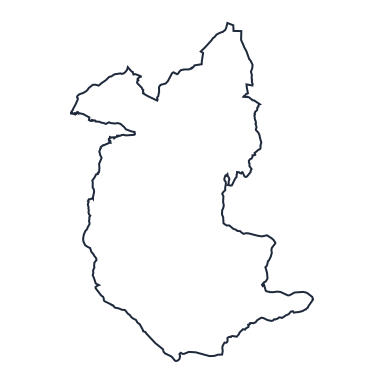 outline of Bran, Brasov, Romania
{"feature_id": "2599482B26594434202693", "entity_name": "Bran", "entity_type": "district", "adm_level": 2, "iso_a3": "ROU", "parent_name": "Romania", "parent_adm1": "Brasov", "projection": "robinson", "projection_center": [25.377, 45.49], "detail": "fine", "context": "isolated", "style": "outline", "palette": "slate", "viewbox_px": 384, "rotation_deg": 0, "n_neighbors": 0, "source": "geoboundaries", "source_scale": "gbopen_adm2", "svg_char_len": 5901}
<svg xmlns="http://www.w3.org/2000/svg" viewBox="0 0 384 384"><path d="M305.8,309.5L306.5,308.6L307.9,307.6L308.3,306.3L312.8,299.9L312.6,299.4L313.0,299.1L312.2,296.9L307.1,292.9L303.4,291.9L294.6,292.5L289.5,295.3L287.7,295.3L280.6,292.0L277.2,291.6L273.0,292.2L270.0,292.1L266.6,291.3L265.8,290.9L264.1,285.0L262.9,286.1L262.0,284.8L263.2,283.5L263.7,282.5L265.9,281.3L267.5,278.5L267.0,272.7L265.4,267.2L266.5,266.3L267.3,264.3L267.9,261.3L268.9,260.4L270.7,256.8L271.8,253.0L271.4,249.6L271.9,247.8L275.3,243.4L275.3,242.6L273.5,239.9L271.8,238.4L267.0,235.3L261.9,236.4L257.5,235.7L248.7,233.4L246.3,233.2L243.5,233.8L241.7,232.7L240.2,231.2L237.2,230.8L236.0,229.8L233.1,228.7L229.4,225.5L226.4,225.4L223.5,223.3L223.2,217.4L222.0,214.4L222.2,210.1L223.1,208.5L223.8,205.6L223.1,201.7L223.4,196.2L222.2,193.8L223.0,192.4L225.3,190.1L225.1,188.4L225.9,183.7L225.7,181.9L224.3,179.8L224.5,178.0L225.3,176.0L225.8,176.0L225.8,175.3L226.5,175.3L227.4,174.2L227.7,175.8L229.3,178.6L229.3,179.6L228.7,181.3L228.7,183.1L227.9,185.0L230.9,185.6L231.9,185.3L235.2,178.5L236.6,176.9L236.6,174.8L236.8,174.6L237.1,172.0L239.4,172.4L240.0,173.1L241.1,173.5L242.2,172.1L242.6,172.3L244.5,176.4L245.3,176.9L246.2,176.9L247.0,176.4L250.6,172.1L250.6,170.8L251.6,169.1L249.4,166.0L249.5,163.2L248.9,162.5L248.9,160.7L250.0,159.3L251.6,158.5L252.6,156.5L252.5,155.3L254.9,155.1L255.3,154.7L254.6,153.0L258.6,149.7L259.9,149.2L260.6,147.9L260.4,145.9L261.3,142.6L260.0,137.9L259.6,135.6L258.5,132.9L255.9,130.0L255.9,129.0L256.5,127.7L256.2,125.7L255.5,123.9L256.0,123.1L255.5,120.5L255.0,119.9L254.4,115.3L255.0,114.5L254.5,113.6L255.2,112.3L255.2,111.8L256.9,110.3L257.3,109.5L257.2,107.9L257.6,107.2L258.4,106.7L258.4,105.4L258.9,104.7L259.9,104.3L253.9,100.3L252.7,100.3L249.1,97.4L247.5,96.8L247.3,97.1L243.4,96.8L243.8,96.2L245.0,95.5L246.2,94.0L247.9,93.3L246.8,87.5L246.5,84.4L252.4,85.5L252.6,83.8L251.9,82.3L252.0,80.5L251.8,80.0L252.0,79.7L251.6,78.0L251.9,75.0L250.9,71.8L252.2,68.4L252.6,64.9L250.4,60.3L249.3,59.3L246.4,51.2L243.9,46.7L243.5,45.3L241.1,40.0L241.3,31.1L233.5,30.9L233.3,25.3L227.4,23.0L226.2,27.8L225.2,30.0L222.7,31.9L220.1,32.7L216.5,34.6L214.7,36.9L212.8,38.3L211.5,40.3L205.6,46.8L200.8,51.5L203.1,53.0L201.8,61.4L201.7,64.2L194.5,65.4L193.7,66.7L192.0,68.2L191.9,67.7L189.2,69.4L183.9,69.5L180.8,70.2L179.3,71.7L178.2,73.5L177.0,74.2L173.4,72.3L172.0,73.3L167.9,81.1L165.7,83.5L160.5,84.9L159.0,87.1L159.1,92.0L158.5,94.4L158.4,95.9L157.2,97.4L157.3,99.1L157.6,99.4L157.2,100.6L147.8,96.1L143.1,93.4L143.5,92.5L142.9,92.0L142.9,91.3L143.3,90.0L142.2,89.0L141.9,87.9L137.3,83.2L137.1,82.3L137.3,81.2L138.4,80.4L138.2,79.9L137.7,79.9L137.5,79.1L137.7,78.6L139.7,77.1L140.9,76.7L140.7,76.2L135.3,74.1L133.5,74.5L132.7,71.9L132.0,71.8L130.4,70.2L127.8,67.1L127.1,69.7L126.5,70.6L125.0,72.4L123.5,73.5L121.6,73.9L120.5,73.4L114.5,74.3L111.3,76.4L109.2,76.9L105.7,80.3L101.4,83.2L98.7,85.6L95.4,84.7L92.8,84.8L88.8,88.0L87.6,89.8L85.9,91.4L82.9,93.1L79.5,94.2L77.5,95.8L77.0,97.1L77.9,98.5L77.6,99.9L75.2,105.2L73.5,108.1L72.8,110.0L71.8,111.1L71.9,112.4L72.5,112.7L71.0,112.7L71.0,113.5L71.9,113.7L72.1,113.3L72.6,113.2L73.3,113.8L74.0,113.4L74.2,113.8L74.0,114.0L75.2,114.4L75.4,113.4L75.9,113.6L75.8,113.1L76.7,112.7L77.1,112.9L76.8,112.4L77.3,112.0L78.0,112.2L78.6,113.0L83.3,114.1L89.4,117.5L88.9,120.0L90.6,120.9L91.9,119.9L92.2,120.0L92.1,120.9L92.7,120.9L93.3,120.3L95.3,120.6L95.4,121.2L94.7,121.4L99.7,121.8L101.3,122.7L103.1,122.9L106.0,123.9L109.0,122.3L110.9,123.1L115.0,123.5L117.8,123.1L120.5,123.9L124.0,126.9L125.9,129.3L131.8,131.5L134.6,132.0L134.6,133.2L135.0,133.9L134.5,134.7L133.1,134.9L126.1,135.4L123.2,134.8L121.5,135.1L119.9,135.9L119.3,135.7L118.7,136.0L118.3,135.6L117.3,135.7L117.7,136.5L115.3,137.3L114.2,138.3L113.8,137.2L111.6,137.6L110.0,137.0L109.9,138.1L108.9,138.7L108.9,140.7L110.2,140.7L110.6,142.8L109.3,142.8L104.9,144.8L103.5,145.1L103.5,145.4L102.8,145.5L100.8,147.0L100.8,148.0L100.5,148.0L99.3,151.8L99.6,152.4L100.2,155.0L101.4,157.4L101.5,158.2L99.1,163.8L99.4,167.6L99.2,171.1L98.8,172.5L97.9,172.7L97.9,174.0L96.1,174.4L94.4,177.7L92.3,180.5L92.7,181.8L92.7,187.6L93.8,189.3L94.1,192.0L93.0,196.8L93.0,198.9L92.4,198.2L90.5,199.2L88.8,199.3L88.0,201.1L88.5,201.3L88.6,202.1L88.0,203.5L87.9,205.1L88.6,207.2L88.4,208.3L88.8,210.0L88.5,212.5L89.1,214.5L90.3,215.7L89.3,217.2L89.4,219.1L89.0,220.9L89.5,222.9L89.5,224.1L87.4,227.9L87.3,228.9L85.4,230.9L83.8,234.6L83.1,238.9L83.4,241.4L85.1,245.2L88.0,247.1L90.1,248.0L91.3,251.8L93.3,254.0L94.1,255.6L96.1,258.2L96.5,260.0L94.4,262.6L94.1,266.0L94.4,267.3L93.1,270.5L93.3,273.2L92.7,275.2L94.0,278.1L95.7,283.4L98.9,285.1L97.4,285.7L95.5,287.1L95.6,288.2L101.3,295.6L103.1,296.8L103.7,298.3L103.9,300.4L104.5,301.2L112.4,305.1L112.2,305.2L113.0,305.6L114.9,307.6L119.1,308.5L121.4,309.6L125.0,310.1L127.9,313.7L129.9,315.1L131.1,316.9L132.6,318.2L136.0,320.0L137.4,322.5L139.8,324.3L142.9,330.0L143.1,331.2L145.5,332.1L146.1,333.3L155.4,343.2L162.9,349.2L163.6,351.8L164.9,353.3L171.6,356.6L175.0,360.7L176.2,361.0L178.0,360.4L179.4,359.1L180.0,356.8L180.0,355.6L179.4,354.2L180.6,352.8L182.6,353.9L184.2,353.8L188.9,351.9L195.6,352.3L209.6,356.1L214.3,355.9L218.0,354.7L222.1,354.6L222.6,351.7L222.7,350.5L222.3,348.1L222.7,345.7L224.5,342.6L226.4,342.7L226.9,342.2L227.6,341.0L227.4,338.1L228.2,337.3L229.8,336.8L230.9,337.0L231.3,336.3L232.4,336.0L236.7,336.7L239.0,334.1L239.5,332.6L243.0,329.2L245.1,329.6L245.7,328.5L248.4,327.0L248.5,325.5L248.1,324.7L248.6,324.4L249.4,324.6L249.9,324.1L250.1,323.1L252.4,323.0L253.1,323.3L255.5,322.4L257.2,320.2L261.3,317.7L263.5,318.1L267.6,320.1L271.3,320.9L273.0,320.5L274.3,319.2L275.5,319.5L276.5,318.9L277.5,318.7L279.1,317.4L280.7,317.5L281.9,318.0L282.6,317.4L283.7,317.0L285.4,315.6L288.8,314.1L290.8,311.6L293.0,311.3L293.8,312.6L299.4,311.9L302.7,311.0L304.9,309.6L305.8,309.5Z" fill="none" stroke="#1e293b" stroke-width="2"/></svg>